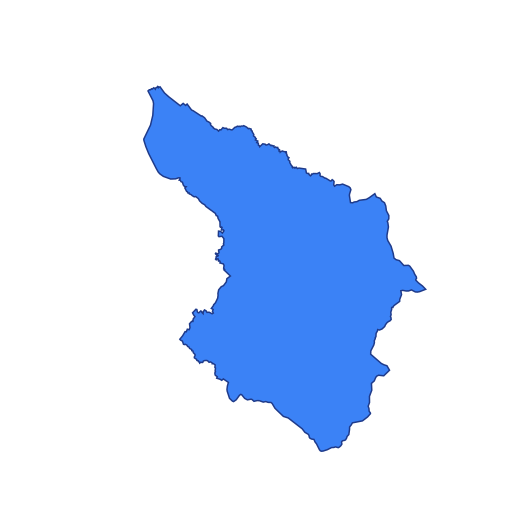 the district of Phrom Khiri, Nakhon Si Thammarat, Thailand, rotated 221°
{"feature_id": "78962969B66960801991597", "entity_name": "Phrom Khiri", "entity_type": "district", "adm_level": 2, "iso_a3": "THA", "parent_name": "Thailand", "parent_adm1": "Nakhon Si Thammarat", "projection": "orthographic", "projection_center": [99.833, 8.549], "detail": "fine", "context": "isolated", "style": "filled", "palette": "blue", "viewbox_px": 512, "rotation_deg": 221, "n_neighbors": 0, "source": "geoboundaries", "source_scale": "gbopen_adm2", "svg_char_len": 6119}
<svg xmlns="http://www.w3.org/2000/svg" viewBox="0 0 512 512"><g transform="rotate(221 256 256)"><path d="M207.2,381.0L208.8,374.2L209.9,371.1L214.6,365.8L215.5,363.2L217.4,361.1L217.9,359.6L219.7,358.3L225.2,362.9L226.0,364.0L227.9,368.3L229.6,369.2L231.5,369.2L237.8,367.1L239.5,364.6L241.8,362.8L242.5,360.2L244.0,360.7L245.9,363.4L247.1,363.7L248.6,363.6L248.6,361.8L249.1,361.4L254.5,360.5L254.9,360.0L257.9,359.6L259.4,358.6L260.5,358.7L261.4,360.0L262.9,360.6L263.9,358.3L266.9,355.8L267.0,354.9L267.8,354.3L267.3,353.0L267.5,352.2L269.5,352.3L270.4,352.9L271.6,351.9L272.5,351.8L275.6,354.2L281.2,350.6L282.2,349.1L283.9,349.4L284.3,347.9L284.9,348.2L285.6,347.8L286.1,346.6L286.8,346.7L287.4,347.5L288.6,347.5L291.9,348.7L292.6,349.7L294.8,349.8L295.4,350.3L295.6,351.8L296.7,351.6L298.9,352.3L299.4,353.0L301.1,353.5L301.0,354.1L301.6,354.5L303.1,353.3L305.1,352.5L305.2,351.7L305.9,351.3L305.9,350.3L306.6,350.8L307.2,350.2L307.9,350.7L308.1,351.6L309.2,351.3L310.8,352.1L310.9,351.6L312.8,351.1L313.1,350.1L314.0,350.1L314.8,350.9L315.4,350.2L316.8,349.9L317.0,349.1L319.8,349.1L320.2,347.8L321.2,346.3L322.4,346.4L324.5,345.1L324.9,340.9L325.9,341.5L326.8,341.2L328.3,342.7L329.8,342.1L330.0,343.9L332.6,343.2L332.8,344.6L333.7,344.5L334.3,345.1L336.7,345.0L337.3,346.2L340.2,347.2L340.8,347.8L341.9,347.6L343.0,348.6L345.1,347.7L345.3,347.0L347.7,347.1L350.8,346.3L351.0,345.6L352.5,344.3L352.8,343.2L353.9,342.9L354.2,342.2L355.3,341.7L355.4,340.8L356.4,339.2L356.7,335.7L357.2,335.1L359.5,334.1L360.3,332.8L362.0,333.1L363.9,331.5L365.2,331.2L365.2,328.1L366.2,327.6L366.2,325.7L368.6,325.8L370.5,324.8L372.3,324.7L372.5,325.0L375.5,325.0L376.8,325.5L377.2,326.3L379.5,326.2L381.4,325.6L385.5,326.6L388.8,326.3L389.1,325.7L398.8,324.4L400.4,323.9L407.7,325.5L407.9,323.5L411.1,323.4L411.7,319.7L426.5,318.9L432.0,319.0L439.3,320.7L439.4,320.2L440.3,319.9L440.2,318.9L441.4,319.4L441.5,317.9L442.1,316.7L441.5,315.9L443.5,315.9L443.9,313.8L444.6,313.6L444.7,312.2L445.6,311.5L445.8,309.7L435.6,305.6L433.3,303.8L426.2,294.5L421.5,285.6L417.4,270.6L416.3,269.6L410.9,266.3L404.2,262.9L388.7,256.6L384.8,255.2L382.5,254.9L378.2,255.3L370.9,258.1L367.3,261.5L365.6,264.4L364.7,265.1L364.1,264.5L363.7,262.9L362.9,263.5L361.4,262.9L359.9,263.4L357.5,261.9L355.5,261.5L354.2,262.4L354.2,260.6L350.7,259.2L349.9,259.5L348.6,258.9L347.8,259.7L347.1,259.1L345.1,259.8L343.8,259.7L341.5,260.1L340.5,261.3L337.2,261.5L334.8,260.6L331.2,260.4L328.3,261.0L326.3,260.5L314.6,261.5L312.6,260.4L311.1,260.9L309.3,259.5L305.7,258.2L302.3,254.5L301.6,254.4L301.0,255.3L300.4,255.3L299.5,253.3L299.0,253.0L297.9,254.3L297.0,254.2L296.6,253.5L296.4,251.2L299.0,251.3L300.6,250.2L297.6,246.4L296.6,246.3L294.6,248.6L291.6,248.0L288.9,244.8L288.6,243.8L287.5,243.2L287.9,240.3L287.0,239.4L287.0,237.9L288.2,236.0L287.4,235.1L286.4,234.7L286.0,233.7L286.8,232.1L288.2,231.9L288.1,231.1L286.8,230.9L284.9,231.7L284.7,230.7L285.5,230.0L285.6,229.2L284.8,228.4L284.5,227.1L283.5,227.0L283.4,228.1L282.9,229.0L281.5,228.2L281.4,227.7L280.8,227.7L280.7,228.3L279.8,228.4L278.9,227.8L278.7,227.1L275.4,228.6L273.8,227.8L272.4,225.5L270.9,225.3L271.1,224.5L262.2,224.1L263.1,219.8L261.4,216.9L261.1,212.3L262.1,210.0L262.0,206.0L260.2,202.8L258.9,201.5L257.3,199.1L255.9,194.1L256.0,191.4L255.6,190.8L255.3,187.1L253.3,187.6L252.5,185.6L250.8,185.0L251.2,183.6L254.5,182.8L256.0,181.3L257.8,181.9L259.5,181.5L259.2,179.2L258.1,177.8L259.7,177.9L260.9,178.5L261.7,178.2L261.8,175.9L262.3,175.3L263.5,175.3L265.5,176.8L266.4,176.4L266.6,171.5L264.4,170.6L262.3,170.2L262.1,167.3L260.8,165.4L261.4,165.2L261.3,164.4L261.7,164.1L261.7,161.2L258.9,158.7L258.1,156.6L259.8,155.7L258.9,153.1L259.9,152.4L259.0,147.5L258.9,143.2L257.8,143.0L255.7,143.5L252.8,141.8L251.9,142.2L251.6,142.9L249.8,143.4L248.2,142.9L246.9,143.3L245.5,142.7L243.2,143.2L242.4,142.4L241.2,142.9L239.9,141.9L237.5,141.7L236.7,141.0L236.3,139.3L235.7,138.7L233.0,139.0L232.1,138.4L230.8,139.0L230.1,138.5L229.3,138.8L228.2,138.2L228.0,139.7L226.8,140.2L226.4,140.8L226.8,142.1L226.4,143.1L225.1,144.5L223.9,145.2L221.7,145.0L220.8,146.3L218.7,146.5L218.3,146.0L217.6,146.8L215.3,147.0L214.0,145.0L213.1,144.9L211.4,142.4L210.7,142.1L210.5,141.1L209.7,140.1L208.5,139.3L206.0,139.5L205.5,138.0L202.2,139.4L200.3,139.7L200.0,141.8L193.9,142.5L192.3,139.1L190.4,136.3L189.1,135.1L182.6,131.2L178.6,131.0L177.4,131.4L176.6,134.5L177.1,140.0L176.7,141.6L175.7,141.9L171.1,141.1L168.1,141.8L165.8,144.7L164.8,145.1L162.2,145.0L160.3,147.6L158.6,149.0L154.7,150.5L153.1,152.6L150.8,153.5L148.6,155.3L147.1,155.3L141.7,153.5L130.1,152.9L125.5,154.9L107.8,155.9L103.4,155.0L99.7,155.7L98.4,155.4L96.7,154.1L95.6,153.9L94.0,154.3L91.9,155.6L89.5,154.4L87.0,153.9L81.0,151.4L79.6,151.2L78.7,151.5L77.4,152.8L75.1,156.6L73.3,161.0L71.6,162.6L70.8,164.1L68.2,165.3L67.7,166.6L67.5,168.6L67.8,170.4L69.4,171.7L69.6,172.4L69.3,173.6L68.1,175.1L67.8,176.0L68.1,177.8L68.9,179.7L68.8,182.1L71.5,186.3L73.2,188.4L73.3,191.1L73.8,193.3L67.5,201.4L66.2,207.7L66.2,212.1L66.7,212.6L68.8,213.1L70.7,215.0L72.8,216.2L74.2,219.9L78.3,224.5L80.6,230.7L85.3,235.6L84.8,239.3L86.0,243.0L86.0,244.8L85.2,246.5L81.0,249.4L80.3,257.4L85.2,259.1L87.9,257.9L91.0,257.1L105.0,257.1L107.1,259.7L108.7,266.1L109.8,268.3L111.1,269.6L111.8,271.9L112.5,272.7L112.5,273.7L114.6,276.4L115.2,279.2L115.9,280.3L114.3,281.1L113.0,283.6L112.6,287.2L113.2,289.0L113.4,291.8L112.8,294.1L112.4,294.6L112.3,296.7L113.8,298.1L114.8,298.5L115.5,300.3L117.4,302.0L118.5,304.6L119.7,305.9L119.7,306.4L118.9,307.0L119.3,307.8L119.3,309.3L117.8,316.0L119.1,317.6L120.8,322.3L123.9,324.8L122.8,326.3L119.9,328.0L118.0,329.6L116.4,332.4L112.2,333.4L110.5,334.7L109.1,336.5L106.1,342.2L110.6,342.6L115.9,342.3L119.5,342.6L120.0,343.1L120.2,344.5L121.4,345.5L124.4,346.4L127.2,347.8L133.2,349.2L134.8,349.0L138.2,345.8L144.7,346.6L147.9,345.1L150.5,345.0L154.2,348.0L160.5,352.0L166.7,354.1L169.2,355.8L170.9,357.8L175.1,364.8L178.2,367.5L179.7,368.3L180.1,371.1L182.3,373.7L187.3,375.7L190.9,378.9L194.0,380.5L197.1,380.1L200.1,381.0L203.9,379.5L207.2,381.0Z" fill="#3b82f6" stroke="#1e3a8a" stroke-width="1.5"/></g></svg>